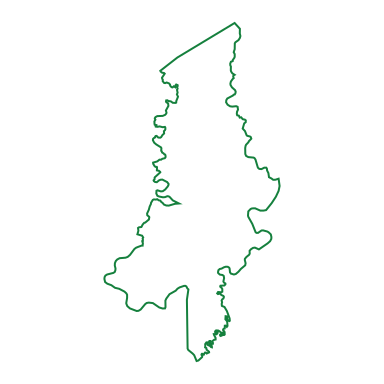 the district of Boane, Maputo, Mozambique
{"feature_id": "85939544B68927430168058", "entity_name": "Boane", "entity_type": "district", "adm_level": 2, "iso_a3": "MOZ", "parent_name": "Mozambique", "parent_adm1": "Maputo", "projection": "robinson", "projection_center": [32.342, -26.029], "detail": "fine", "context": "isolated", "style": "outline", "palette": "green", "viewbox_px": 384, "rotation_deg": 0, "n_neighbors": 0, "source": "geoboundaries", "source_scale": "gbopen_adm2", "svg_char_len": 6058}
<svg xmlns="http://www.w3.org/2000/svg" viewBox="0 0 384 384"><path d="M266.3,167.7L264.2,167.7L261.5,169.1L259.3,168.9L258.1,167.9L257.7,167.1L255.5,159.6L254.5,158.1L253.6,157.6L248.3,157.1L246.1,155.9L245.3,154.0L245.2,148.0L245.6,145.8L246.1,144.7L248.4,142.3L248.8,141.3L251.3,138.7L250.8,137.1L250.0,136.5L247.2,135.8L246.5,135.0L245.0,131.1L242.7,128.6L244.2,123.4L245.7,122.2L245.8,120.4L244.8,119.6L242.7,119.2L241.2,117.3L239.7,117.6L238.9,115.7L237.2,115.3L236.8,113.9L237.0,111.8L238.0,109.6L237.6,106.8L236.2,106.2L232.3,106.6L230.1,106.3L227.6,104.7L226.1,102.3L226.3,100.2L227.3,98.5L233.0,95.5L233.6,94.7L234.7,94.5L235.4,93.3L235.7,91.8L235.1,90.2L231.9,87.3L230.5,84.9L230.4,83.5L230.9,81.5L232.7,79.0L233.7,78.1L233.2,76.7L233.4,75.5L234.6,74.8L232.3,73.3L231.1,71.5L230.8,70.3L230.9,66.5L230.3,65.3L230.2,63.7L230.9,61.8L232.7,61.1L232.8,60.0L234.4,57.7L234.7,56.8L234.7,54.1L233.7,52.2L234.7,49.2L234.8,43.3L235.4,42.3L238.5,40.1L239.9,37.9L240.4,36.0L239.8,33.5L239.9,28.8L234.6,23.0L177.4,57.5L160.3,70.8L160.7,71.6L162.1,72.7L164.0,73.0L164.7,73.7L162.0,77.7L162.2,78.8L162.8,79.7L162.7,81.2L164.2,83.0L165.2,83.1L166.7,82.5L169.0,83.4L170.0,84.5L170.2,85.6L170.9,86.6L172.1,87.4L172.6,87.4L173.8,86.3L175.2,87.2L175.5,85.4L176.2,84.5L177.6,85.1L177.7,86.0L177.1,87.1L177.6,88.7L177.0,89.8L177.6,92.7L176.9,94.3L178.0,96.7L176.3,101.0L176.2,102.6L175.7,102.9L172.8,102.8L170.9,101.4L168.4,101.0L167.4,100.3L166.2,100.4L166.0,101.5L166.3,102.2L168.1,103.4L168.4,105.9L165.9,110.5L166.5,112.6L166.3,113.5L165.2,114.8L162.7,115.9L157.3,116.1L155.5,117.1L154.8,118.2L154.8,118.8L155.4,119.7L154.4,121.4L154.5,123.8L154.7,124.7L156.5,125.1L156.5,125.6L155.6,126.1L155.7,126.6L157.6,126.8L159.6,126.4L162.7,127.2L164.9,126.9L165.3,127.5L165.4,129.1L165.0,130.1L163.9,131.2L164.1,133.5L162.4,135.1L161.2,137.1L160.2,137.7L158.7,137.6L158.2,137.5L156.6,135.9L155.7,136.0L155.2,136.5L155.1,137.4L153.8,138.1L153.0,139.0L152.9,140.2L154.2,142.7L156.2,144.4L161.0,147.4L161.4,148.2L161.2,150.8L161.7,151.2L162.1,152.5L163.6,153.4L164.3,154.3L165.2,154.6L165.6,156.1L165.5,157.3L164.8,158.2L162.3,158.8L161.1,159.7L159.4,159.7L157.3,161.4L153.1,162.6L153.2,163.8L154.5,166.0L155.5,166.9L156.8,166.9L157.0,167.2L156.9,170.4L158.9,170.8L160.2,171.9L160.3,172.3L154.9,177.2L154.6,177.7L154.6,179.2L153.6,180.3L153.9,181.1L155.1,182.0L156.8,182.2L159.1,180.3L160.7,179.7L162.4,179.6L167.2,182.1L168.6,184.0L168.4,185.2L167.7,186.5L165.2,189.5L162.8,191.2L160.9,191.4L157.4,190.3L156.5,190.7L156.3,193.5L157.4,195.8L159.1,196.5L163.0,197.3L165.1,197.1L167.3,196.2L168.7,196.4L169.7,197.0L172.8,200.4L179.0,203.5L175.0,203.8L168.8,205.6L166.3,205.5L164.0,204.6L162.5,202.8L161.3,202.0L160.3,200.6L158.7,200.3L157.2,199.2L155.9,199.6L153.9,199.4L152.8,199.9L151.0,202.9L150.9,204.0L149.7,206.5L148.8,209.8L147.1,213.5L147.3,215.3L149.1,216.7L149.3,217.2L148.9,219.5L145.2,222.6L144.2,222.8L142.7,224.5L141.4,227.0L139.0,227.3L138.0,228.0L138.4,230.7L137.4,234.3L142.1,235.7L143.2,237.5L142.6,238.6L142.9,239.6L142.8,241.4L142.3,241.4L142.9,243.4L142.6,245.6L141.9,245.5L138.1,246.9L136.1,247.7L134.4,249.0L130.0,254.9L127.7,256.9L125.5,257.7L119.6,258.2L117.2,259.5L115.8,261.0L114.9,263.2L114.8,265.6L115.5,268.4L115.4,270.1L114.8,271.9L113.4,272.9L107.1,274.5L105.4,275.6L104.6,277.1L104.4,278.9L105.1,282.0L107.3,283.7L111.4,285.2L115.0,287.8L119.2,288.8L124.5,291.6L126.4,293.4L127.1,294.8L127.1,297.9L126.3,302.8L126.3,303.6L127.3,306.1L129.9,308.4L136.7,311.0L138.5,310.8L140.7,309.5L145.3,304.0L146.7,303.0L148.8,302.6L152.9,303.1L159.3,307.5L162.6,308.5L165.0,308.4L165.5,307.1L165.4,300.6L166.3,298.6L169.5,294.2L175.7,290.7L177.5,288.7L179.6,287.4L184.0,285.9L185.5,285.9L186.4,286.5L187.4,288.5L188.4,289.4L186.9,299.8L187.6,348.6L188.3,350.0L192.7,353.6L194.2,355.2L196.6,361.0L198.4,360.5L202.1,357.1L202.3,355.8L201.6,355.1L201.5,354.4L201.9,353.8L202.4,353.8L203.3,354.7L203.8,354.7L204.3,353.5L205.1,352.5L205.9,352.6L206.7,353.5L209.1,352.4L209.0,351.7L206.6,349.7L206.3,348.0L205.1,347.4L205.3,345.9L205.2,344.1L206.4,342.4L207.1,342.3L207.4,342.8L207.2,344.0L208.0,345.1L209.8,345.8L211.1,347.1L211.9,347.3L211.8,346.0L210.1,344.5L208.7,342.3L209.4,341.0L210.2,341.0L210.3,342.6L210.8,343.6L211.3,343.9L212.8,343.9L213.0,343.0L212.4,342.2L212.2,341.3L214.1,339.8L215.6,339.5L215.6,337.9L213.9,334.7L213.8,334.1L216.5,334.3L217.4,333.4L217.8,332.0L217.4,331.5L216.4,332.3L215.3,332.4L215.0,331.9L215.5,330.8L216.1,330.4L218.2,330.5L219.6,331.3L221.1,332.7L223.3,332.8L223.7,333.4L223.1,334.4L221.0,334.2L220.1,334.6L220.1,335.6L220.7,336.0L222.9,335.0L224.1,335.0L224.7,334.5L224.6,332.1L224.2,331.3L223.2,330.5L223.1,329.5L223.6,328.8L224.7,328.5L224.8,325.7L225.6,325.6L226.8,326.9L227.5,325.9L227.2,321.8L226.7,320.8L225.4,319.3L225.6,316.2L227.0,316.4L227.2,318.9L228.0,320.6L229.5,321.1L229.8,320.7L229.6,318.4L226.9,311.1L224.5,307.0L221.9,305.9L221.7,303.9L222.1,302.2L221.6,300.6L222.2,299.4L223.4,298.5L223.9,297.0L223.8,296.5L223.3,295.9L221.2,294.9L220.4,293.9L219.7,293.6L218.0,294.1L217.2,293.4L218.1,292.0L221.3,292.3L222.3,291.7L222.3,289.0L221.6,287.9L220.3,286.8L220.2,286.2L220.5,285.7L224.3,285.5L225.4,284.4L225.4,283.5L223.9,282.5L223.4,281.5L224.1,278.1L223.7,275.9L222.5,275.0L219.9,274.6L218.2,273.1L218.0,272.2L218.4,270.2L219.7,269.0L221.6,268.6L223.9,267.3L225.9,266.7L227.8,266.8L229.2,267.7L229.6,268.6L230.0,272.3L230.9,273.6L233.9,274.5L235.8,274.0L238.5,271.7L240.9,268.9L245.2,265.3L245.6,263.2L244.8,260.0L244.9,258.8L246.4,257.0L249.2,254.7L249.7,253.6L249.6,250.8L250.9,249.3L253.0,247.9L254.9,247.6L258.9,249.4L267.6,243.4L270.1,241.2L271.3,238.9L271.4,237.0L270.8,234.4L268.5,232.2L267.2,231.5L263.1,230.4L261.5,230.5L258.0,232.9L256.5,232.9L255.6,232.2L252.3,223.9L248.3,216.8L248.0,215.6L248.3,211.4L250.6,209.0L252.1,208.4L255.1,208.3L260.3,210.6L263.5,210.6L266.1,210.1L271.7,203.1L275.9,196.7L278.6,190.9L279.6,186.0L278.6,178.7L275.5,179.7L273.9,179.8L273.0,179.7L271.5,178.5L269.0,177.2L268.4,173.1L267.1,170.5L266.9,168.7L266.3,167.7Z" fill="none" stroke="#15803d" stroke-width="2"/></svg>